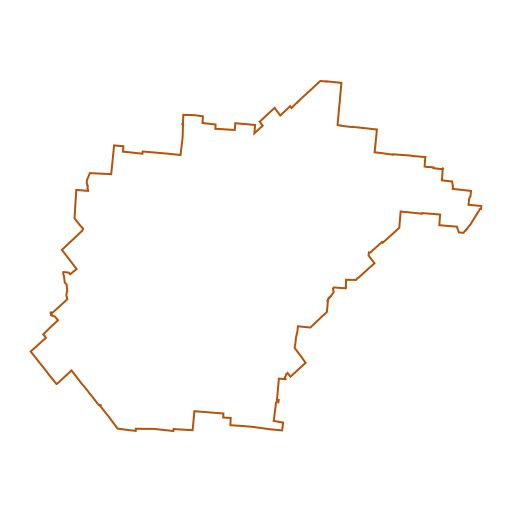 outline of Winton, Queensland, Australia
{"feature_id": "25037944B95324883935739", "entity_name": "Winton", "entity_type": "district", "adm_level": 2, "iso_a3": "AUS", "parent_name": "Australia", "parent_adm1": "Queensland", "projection": "natural_earth1", "projection_center": [142.695, -22.507], "detail": "fine", "context": "isolated", "style": "outline", "palette": "amber", "viewbox_px": 512, "rotation_deg": 0, "n_neighbors": 0, "source": "geoboundaries", "source_scale": "gbopen_adm2", "svg_char_len": 4777}
<svg xmlns="http://www.w3.org/2000/svg" viewBox="0 0 512 512"><path d="M481.1,209.0L481.3,206.0L468.5,204.8L469.2,198.4L470.5,196.2L471.0,190.9L452.7,188.9L452.9,186.6L452.6,184.7L452.1,181.5L449.4,181.2L442.2,180.4L441.9,180.3L442.0,180.0L442.3,175.3L442.7,169.3L442.9,169.3L443.0,168.5L442.7,168.4L442.5,169.2L433.5,168.2L433.6,167.5L431.2,167.1L428.3,167.0L426.9,167.0L424.6,166.5L425.3,157.4L425.4,157.1L420.1,156.6L411.8,155.9L411.2,155.6L407.0,155.3L405.2,155.2L393.2,154.3L393.1,154.7L384.2,153.5L383.8,153.4L377.4,152.6L377.1,152.5L376.6,152.5L374.6,152.3L376.0,138.8L376.9,129.5L372.1,129.0L367.9,128.5L367.1,128.4L365.9,128.3L363.0,128.0L362.8,128.0L362.7,127.9L362.5,128.0L362.4,127.9L359.1,127.5L358.4,127.5L356.1,127.2L353.8,127.0L353.6,126.9L353.2,126.9L352.5,126.8L352.3,127.1L343.1,126.0L341.2,125.8L341.1,125.5L337.7,125.2L337.6,124.7L337.8,121.7L338.0,120.1L338.7,112.7L338.9,109.8L339.8,101.0L340.2,96.1L341.4,82.9L326.3,81.3L326.3,81.6L324.9,81.4L320.3,81.0L318.7,82.5L316.6,84.4L314.1,86.7L313.1,87.7L309.6,90.9L307.7,92.6L304.0,96.0L301.7,98.1L298.2,101.4L298.3,101.6L297.5,102.4L297.3,102.2L293.3,106.2L291.5,108.0L290.2,106.2L289.9,106.5L280.3,115.5L278.4,113.0L277.2,111.4L274.6,107.9L268.5,113.5L267.2,114.7L259.7,121.7L262.7,125.7L254.4,133.3L255.1,125.0L251.9,124.7L246.9,124.2L243.7,123.9L243.6,124.0L235.3,123.2L234.8,129.9L232.9,129.8L230.2,129.7L227.3,129.5L225.2,129.4L222.9,129.2L221.0,129.1L215.3,128.8L215.5,126.5L215.6,125.8L215.6,124.5L207.7,123.6L202.7,123.0L202.5,122.9L202.6,121.9L202.6,121.4L202.9,116.9L202.9,116.3L194.5,115.2L194.3,115.1L192.6,115.1L185.2,114.9L183.3,114.8L183.2,118.1L183.0,121.4L183.1,121.5L183.0,123.3L183.0,124.2L182.4,124.1L182.4,124.7L183.0,125.0L182.8,131.3L182.6,137.4L181.6,146.1L181.1,149.9L180.9,151.3L180.5,155.0L178.3,154.8L167.1,153.6L142.7,151.5L142.4,153.7L126.6,152.0L123.0,151.7L123.4,146.2L120.3,146.0L114.1,145.4L111.2,174.2L107.7,174.0L89.9,173.1L89.3,174.5L87.5,178.7L87.3,179.5L86.8,180.2L86.8,181.7L86.8,183.3L87.6,185.4L87.3,185.7L87.8,186.4L87.7,186.6L87.7,188.0L87.5,188.5L87.8,189.2L87.8,189.5L88.0,189.8L88.1,190.9L76.3,189.9L74.5,218.3L76.5,220.9L77.2,221.7L80.1,225.4L83.1,228.8L82.2,230.8L74.0,238.5L71.1,241.2L70.8,241.5L61.9,249.9L68.2,258.0L76.6,269.1L75.7,269.8L70.1,274.3L68.8,272.6L68.6,272.6L64.3,272.1L63.3,272.1L63.2,273.6L63.5,274.9L63.9,275.6L64.8,282.6L65.0,282.8L66.6,284.5L67.3,291.3L67.0,291.7L66.3,295.0L67.3,299.3L52.2,313.0L52.2,312.9L50.9,312.8L50.8,312.4L50.6,312.5L50.6,312.9L51.1,313.3L51.0,313.9L51.3,314.2L51.0,314.4L50.9,315.1L51.0,315.2L55.1,316.7L58.0,320.2L57.2,321.0L52.9,325.0L52.7,325.1L49.8,327.9L43.2,334.4L45.1,336.6L45.9,337.8L30.7,351.5L31.6,352.7L45.7,370.4L49.5,375.4L50.8,377.0L52.5,379.0L52.5,379.3L52.8,379.4L56.4,383.9L56.7,384.0L58.3,382.7L71.5,370.4L80.9,382.7L82.1,384.2L84.5,386.9L88.9,392.4L89.3,393.2L90.0,393.8L96.4,402.0L98.7,404.9L99.6,404.8L100.6,405.3L100.1,405.8L105.3,412.4L106.8,414.3L108.4,416.2L108.6,416.5L117.6,428.6L126.5,429.8L135.7,430.9L135.8,428.8L154.0,428.9L173.4,431.0L173.6,429.0L175.6,429.2L192.6,430.2L193.4,422.0L193.4,421.9L194.4,411.2L223.4,413.5L223.2,417.5L227.6,417.8L230.7,418.0L230.4,425.2L239.3,425.8L239.6,425.8L252.0,426.8L252.7,426.9L252.8,426.9L271.1,429.4L282.1,430.4L283.2,422.6L273.7,420.9L276.1,402.3L277.2,401.5L278.4,402.2L278.7,400.0L277.0,399.8L278.0,388.5L278.9,378.6L285.6,379.2L285.6,378.9L285.4,378.7L285.2,378.4L284.9,378.2L284.8,377.8L284.8,377.3L285.0,377.1L285.2,376.9L285.3,376.6L285.5,376.3L285.6,376.0L285.8,375.7L285.9,375.4L285.9,374.8L286.1,374.4L286.3,374.3L286.6,374.1L286.8,374.0L286.9,373.9L287.0,373.7L287.5,373.3L287.6,373.1L290.5,376.7L305.6,362.8L299.6,354.5L296.4,350.3L296.4,350.2L295.7,349.3L294.6,347.9L295.5,342.7L295.9,338.1L297.5,330.9L297.9,326.3L309.0,327.4L310.4,327.5L320.8,317.6L322.4,316.1L326.4,312.6L326.9,311.8L327.6,304.6L327.7,303.3L328.0,300.3L327.8,300.3L328.1,299.9L328.2,298.6L329.3,297.4L329.6,297.8L333.5,292.5L333.7,292.1L332.9,288.6L333.8,287.5L337.0,287.7L345.8,288.3L346.1,279.7L347.4,279.8L348.4,279.8L354.8,279.9L355.9,280.0L357.4,278.2L358.1,278.0L360.7,275.7L360.8,275.6L367.5,269.5L372.0,265.5L374.5,263.3L372.7,261.0L372.4,260.5L371.9,260.0L371.8,259.8L369.3,256.5L368.6,255.6L368.7,254.0L368.9,252.4L370.2,252.6L378.7,244.9L382.1,241.9L382.7,242.7L385.4,240.4L398.0,229.0L399.3,227.8L400.6,211.8L400.6,211.5L407.4,212.2L420.3,213.5L420.5,213.6L422.1,213.7L422.2,213.1L431.3,213.8L436.6,214.2L436.8,214.3L440.1,214.5L439.3,225.2L448.3,226.0L453.9,226.4L456.4,226.6L456.9,226.6L458.9,232.4L463.5,232.8L464.6,231.3L466.0,229.8L466.1,230.0L466.6,229.3L467.3,228.7L467.5,228.3L467.8,227.7L470.7,224.1L470.9,223.7L471.5,222.8L473.0,220.3L475.8,215.8L479.2,210.4L480.0,208.9L481.1,209.0Z" fill="none" stroke="#b45309" stroke-width="2"/></svg>